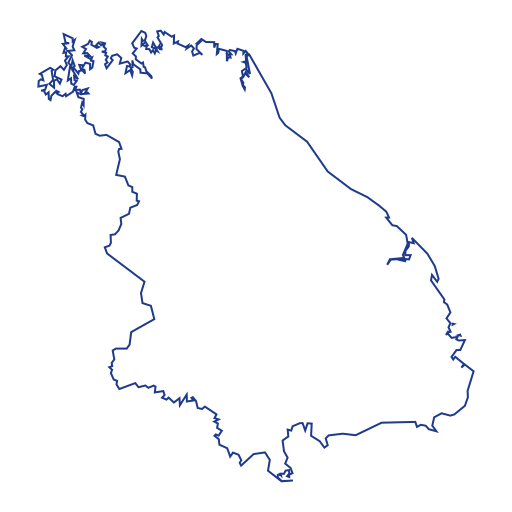 the district of Arraiján, Panama
{"feature_id": "35544464B31550191226189", "entity_name": "Arraiján", "entity_type": "district", "adm_level": 2, "iso_a3": "PAN", "parent_name": "Panama", "parent_adm1": "", "projection": "albers", "projection_center": [-79.724, 8.989], "detail": "fine", "context": "isolated", "style": "outline", "palette": "blue", "viewbox_px": 512, "rotation_deg": 0, "n_neighbors": 0, "source": "geoboundaries", "source_scale": "gbopen_adm2", "svg_char_len": 5733}
<svg xmlns="http://www.w3.org/2000/svg" viewBox="0 0 512 512"><path d="M227.2,448.2L230.2,456.6L233.0,452.6L238.5,454.7L241.3,460.3L239.7,462.8L241.1,465.6L253.6,454.1L265.0,452.4L269.8,459.9L268.0,470.7L281.5,481.3L293.0,480.5L281.8,481.1L277.7,477.4L277.8,475.0L279.5,474.1L280.2,475.8L279.7,474.0L281.1,475.5L280.8,473.7L284.0,473.8L285.6,470.6L289.0,470.1L289.3,473.5L287.1,476.2L289.2,477.0L289.1,474.7L292.5,473.2L290.6,468.0L285.2,463.6L287.6,457.6L284.0,451.3L282.6,440.5L288.3,436.5L287.7,429.6L291.2,430.6L292.6,426.3L299.8,423.2L302.6,423.1L305.2,430.5L307.6,423.3L311.7,423.6L311.1,435.8L319.7,441.2L324.4,447.6L327.7,445.2L325.7,438.4L328.6,435.4L342.7,433.7L355.7,435.2L381.6,422.7L415.3,421.9L417.0,426.9L420.8,424.8L425.7,425.7L428.8,429.2L436.4,431.3L432.3,425.6L434.2,417.3L441.6,413.3L450.4,415.6L454.4,414.4L464.9,405.8L467.9,397.3L467.6,390.8L473.6,371.3L464.8,364.5L461.4,367.6L464.0,364.0L455.2,356.8L453.2,359.5L451.5,356.9L456.5,350.1L460.3,350.0L464.9,340.1L458.7,340.5L456.4,339.3L457.5,336.9L451.6,337.9L447.7,333.5L446.0,334.9L448.4,331.0L448.3,332.4L450.6,331.7L448.5,327.4L450.4,323.2L446.5,318.4L450.4,312.4L447.2,304.5L443.9,302.1L444.4,299.5L431.0,280.4L432.0,274.9L437.2,281.8L438.6,278.8L434.7,265.9L427.3,253.6L411.9,237.9L413.7,243.2L409.0,242.1L408.8,246.5L405.4,250.8L405.4,255.2L410.6,255.1L409.0,259.4L405.9,259.1L405.1,261.2L400.8,260.2L405.1,258.7L390.8,259.6L387.2,264.8L389.9,259.3L404.2,257.9L402.9,255.0L407.7,243.7L406.1,234.8L396.7,226.0L392.4,225.3L386.2,217.6L389.0,217.5L386.3,211.7L379.2,205.7L367.3,197.1L351.0,189.1L327.7,171.5L307.1,141.7L285.3,125.3L279.6,117.7L271.4,93.3L249.3,54.6L246.6,56.4L250.0,73.9L246.7,69.9L245.9,71.9L249.2,77.3L245.1,73.4L243.2,77.2L240.9,78.9L243.4,82.8L242.8,84.9L245.0,87.4L244.7,89.5L242.7,85.9L240.5,78.3L243.0,76.4L241.9,71.1L246.6,67.8L245.8,62.9L243.4,62.0L246.1,61.2L245.6,54.9L247.8,53.5L245.7,50.9L243.4,53.5L243.5,50.8L237.4,48.8L235.7,53.4L235.0,51.1L229.7,50.0L228.8,51.4L231.3,54.3L227.9,54.3L230.2,56.1L230.6,57.6L228.2,57.4L226.9,61.2L226.8,50.9L218.8,48.8L218.3,52.8L216.8,54.1L217.7,44.1L215.6,44.0L214.2,47.6L214.2,42.2L205.9,42.0L201.4,39.0L197.6,42.6L200.1,42.0L196.7,45.2L196.5,49.1L202.4,54.8L199.8,52.9L193.3,55.6L192.1,51.5L193.9,48.4L191.2,45.5L186.8,48.5L188.1,45.5L185.7,47.2L177.5,43.5L178.0,41.5L173.8,43.5L174.1,35.5L171.7,36.7L164.6,32.0L163.7,34.5L160.8,30.7L157.2,31.4L158.8,36.0L157.5,37.4L162.1,45.1L160.6,48.6L162.4,49.5L159.8,49.1L159.4,45.5L158.0,47.8L155.7,47.1L153.1,42.6L151.8,47.1L156.3,49.2L157.6,51.3L155.9,50.4L154.8,53.4L153.0,50.2L151.1,52.5L149.4,49.2L146.2,49.0L146.6,46.7L144.5,45.8L147.7,45.3L145.5,41.9L141.5,45.7L141.8,39.1L142.8,40.9L145.1,40.0L146.3,35.9L145.2,32.8L141.4,31.0L132.2,43.3L134.2,47.7L136.7,48.5L132.7,53.4L135.9,56.4L135.8,59.3L141.4,63.5L143.0,62.5L143.7,66.9L145.1,67.3L146.2,71.0L151.2,76.0L152.0,78.5L147.3,73.4L140.5,72.7L140.3,69.3L133.4,64.3L132.3,60.4L132.6,67.1L130.7,67.6L132.8,72.0L132.1,75.5L130.2,70.1L125.5,73.2L127.0,66.0L129.7,66.5L130.3,64.6L127.7,61.5L119.8,63.6L121.3,58.0L117.2,54.3L112.1,55.8L110.8,58.3L112.7,60.1L106.6,68.2L105.0,64.2L107.5,62.5L105.8,59.8L107.8,56.5L105.3,55.4L106.1,52.9L101.8,51.6L105.3,51.3L105.9,48.7L103.6,46.7L105.1,43.4L101.9,42.6L103.4,44.3L101.2,45.3L98.6,42.6L95.9,45.5L98.8,47.0L96.9,47.9L91.3,44.7L91.9,42.0L89.8,40.6L88.0,44.0L82.2,46.8L86.0,49.0L83.3,53.3L87.3,53.1L90.1,56.1L84.3,55.5L90.1,58.8L92.0,57.6L91.0,60.6L93.5,61.2L92.3,67.6L90.1,69.2L90.1,63.9L85.5,62.6L82.7,67.1L82.5,65.2L79.3,64.9L80.8,68.8L84.4,69.8L85.1,73.6L82.5,70.4L79.0,71.0L78.4,73.6L74.6,68.9L72.5,70.2L78.1,79.2L74.1,76.2L74.6,80.2L76.7,80.9L73.8,84.9L71.3,83.7L71.0,78.3L67.8,80.5L69.9,67.4L71.9,68.8L74.7,66.0L72.6,60.3L71.4,66.3L68.3,62.7L72.0,55.2L67.9,50.9L74.4,50.3L72.6,46.6L74.7,39.9L72.7,41.5L72.6,38.3L63.7,34.1L65.5,42.6L69.2,43.2L62.8,43.9L67.0,49.3L65.0,48.1L63.5,52.8L66.1,52.3L65.8,56.3L68.6,56.3L65.0,60.5L66.8,65.1L63.9,69.8L60.5,66.2L55.4,70.4L54.6,76.3L61.5,79.5L59.9,83.6L56.9,79.3L54.0,80.8L54.1,87.7L49.4,83.9L53.1,79.9L51.6,71.0L53.2,69.7L50.2,67.8L39.8,73.9L41.9,75.0L43.3,80.3L40.8,79.4L38.7,81.1L38.4,86.6L46.8,84.8L45.1,89.7L41.1,90.7L43.9,90.7L45.8,94.5L48.6,92.3L48.8,98.9L50.5,100.1L51.4,95.7L56.3,90.8L58.6,92.0L56.6,93.1L57.7,94.2L62.6,96.2L65.6,93.8L66.1,96.2L72.9,91.8L74.8,86.6L76.4,86.7L75.0,90.2L79.8,89.6L81.1,93.1L82.3,90.1L87.7,88.5L84.9,93.0L87.6,92.5L88.5,93.5L80.7,94.2L76.6,92.2L78.4,97.2L83.7,98.9L83.6,105.3L82.2,102.8L81.0,107.7L82.4,109.2L80.9,111.9L83.6,115.1L82.2,115.5L83.5,116.1L85.4,114.6L85.1,119.6L87.4,123.1L93.2,125.4L95.5,133.8L99.7,135.7L106.5,134.9L119.1,142.1L121.5,148.9L119.1,148.9L118.3,151.7L119.9,159.2L116.2,174.9L124.9,176.6L128.4,185.4L132.3,187.1L132.3,191.8L136.9,193.7L136.7,200.7L139.0,201.3L137.2,205.0L130.3,207.7L129.0,213.8L120.6,217.9L121.3,224.0L118.6,230.4L115.0,234.3L110.6,235.0L110.9,242.9L109.4,245.7L104.8,247.3L107.1,253.5L144.5,281.7L141.0,293.1L142.5,303.1L150.9,305.8L154.3,319.1L131.2,332.1L129.6,344.6L126.7,348.6L115.9,348.6L112.7,350.5L114.3,359.4L111.7,362.9L112.2,366.1L109.3,367.2L112.1,369.8L110.9,373.1L113.7,379.5L117.1,380.8L116.5,384.4L119.3,389.0L135.3,383.1L138.5,387.2L145.4,385.5L148.4,387.8L153.6,385.6L155.5,386.6L154.8,392.4L163.3,391.1L164.6,395.0L162.1,397.7L166.5,399.6L168.6,397.6L173.9,402.5L179.5,398.2L179.9,405.2L186.7,394.6L186.9,401.5L193.4,400.5L191.5,397.9L192.8,397.2L196.0,401.0L197.7,408.0L202.0,409.0L204.9,406.6L216.5,414.4L214.5,418.1L218.6,419.4L214.3,421.6L217.9,423.5L217.1,427.8L221.8,430.8L218.6,435.6L215.8,434.4L214.5,435.8L218.8,439.2L219.4,444.7L227.2,448.2ZM458.6,335.1L460.5,335.6L460.1,334.6L458.6,335.1ZM452.6,324.7L454.0,324.0L452.7,323.7L452.6,324.7Z" fill="none" stroke="#1e3a8a" stroke-width="2"/></svg>